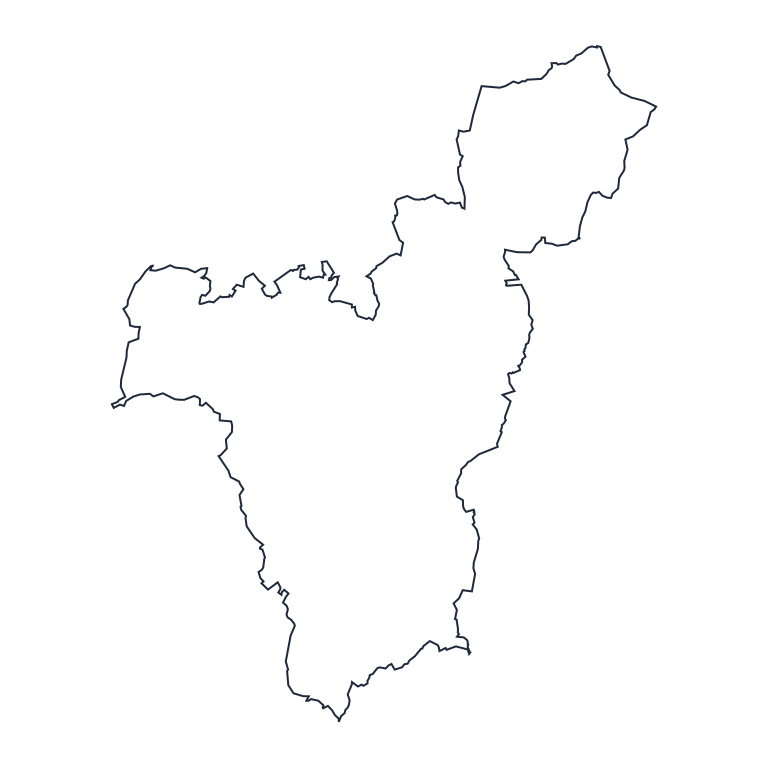 Lupeni, Harghita, Romania (Albers equal-area conic projection)
{"feature_id": "2599482B15236521048096", "entity_name": "Lupeni", "entity_type": "district", "adm_level": 2, "iso_a3": "ROU", "parent_name": "Romania", "parent_adm1": "Harghita", "projection": "albers", "projection_center": [25.242, 46.419], "detail": "fine", "context": "isolated", "style": "outline", "palette": "slate", "viewbox_px": 768, "rotation_deg": 0, "n_neighbors": 0, "source": "geoboundaries", "source_scale": "gbopen_adm2", "svg_char_len": 6095}
<svg xmlns="http://www.w3.org/2000/svg" viewBox="0 0 768 768"><path d="M469.1,654.0L470.0,652.8L469.3,652.8L469.7,651.7L467.6,646.9L468.3,644.6L467.6,644.0L467.8,641.8L466.8,639.8L463.7,637.4L457.0,636.7L458.9,634.2L457.8,632.7L458.0,629.2L456.6,619.6L455.0,619.1L456.9,610.0L453.6,603.4L459.2,598.2L462.7,590.2L471.9,591.4L475.1,573.9L473.4,568.2L473.8,562.5L477.9,548.8L478.3,540.8L479.2,538.6L476.7,529.5L472.7,524.4L474.5,522.7L472.8,517.1L474.7,514.4L473.7,512.3L474.4,512.0L473.7,509.7L466.1,511.9L464.0,509.0L463.1,506.4L462.9,500.2L456.9,496.6L455.8,488.1L456.2,486.0L458.0,482.4L457.2,480.9L461.1,473.4L461.2,469.3L465.9,465.0L468.2,461.8L470.0,461.3L479.1,454.2L497.7,446.8L497.0,443.7L501.8,432.1L500.5,431.2L501.9,427.4L501.9,425.0L503.8,423.5L505.9,420.1L504.9,418.6L505.2,416.3L510.6,401.3L502.6,394.8L514.5,391.1L509.6,383.3L509.2,377.7L508.0,374.2L509.4,373.0L511.3,373.5L512.8,372.3L513.3,373.0L520.0,370.1L519.8,368.3L518.2,365.9L520.0,365.2L522.2,362.2L522.0,359.7L525.5,356.7L523.5,352.0L524.6,350.9L524.3,349.4L525.4,348.1L525.9,344.4L528.2,343.0L529.5,337.8L529.1,335.7L529.7,332.9L532.8,328.8L531.3,324.8L532.6,320.1L528.8,314.7L529.1,307.3L528.6,300.4L527.0,295.8L521.3,284.7L506.6,285.8L506.0,285.1L506.7,283.3L505.3,280.7L518.6,279.3L516.0,275.0L515.0,275.1L513.1,271.3L508.5,268.4L508.8,266.0L504.7,259.8L503.6,256.7L505.1,252.0L505.0,249.7L517.0,252.2L530.3,252.4L532.5,250.6L536.1,244.4L541.3,239.9L541.6,237.5L544.8,237.5L545.3,243.0L551.7,243.7L557.3,245.7L567.7,244.3L571.9,241.2L575.5,240.8L577.8,238.7L579.4,238.6L579.6,238.0L578.6,237.3L579.9,226.4L582.3,217.5L585.3,211.4L587.4,202.4L590.7,195.1L593.0,192.6L595.9,192.9L598.9,191.9L602.5,195.8L607.0,197.6L611.1,198.0L612.5,193.7L618.1,188.6L619.3,177.8L624.0,170.4L624.6,167.7L624.2,161.1L627.6,149.7L625.4,139.5L633.0,136.4L640.1,129.8L646.9,125.2L650.7,112.1L654.4,109.3L656.1,106.6L644.7,101.0L631.5,97.6L620.9,92.5L619.4,89.8L614.7,85.5L608.2,74.8L609.6,70.9L600.7,47.0L597.1,46.1L597.0,47.5L591.8,46.4L587.9,47.7L581.3,53.5L576.2,55.6L573.9,58.9L565.6,63.9L561.9,63.6L557.9,64.6L556.6,63.1L551.5,63.2L552.1,66.6L551.5,68.4L549.0,69.9L546.3,74.2L541.3,78.9L527.0,79.7L525.4,81.3L522.2,81.2L518.6,83.2L513.4,81.5L505.8,85.9L499.8,87.7L481.6,86.1L473.2,115.0L469.8,130.5L463.5,131.7L458.9,130.5L458.1,136.4L456.6,139.3L460.0,154.6L462.7,156.2L460.1,162.0L460.4,165.7L458.0,167.5L458.2,173.2L459.3,180.3L462.3,186.9L464.8,197.0L464.5,208.7L461.9,207.6L459.9,202.6L455.3,203.6L450.9,202.4L448.3,203.9L445.2,202.1L443.5,199.4L436.5,197.3L434.7,194.9L424.2,199.5L423.1,198.8L419.3,199.7L414.5,199.4L407.2,196.0L397.2,199.5L394.9,203.5L397.2,211.0L397.3,214.2L396.8,215.4L395.1,215.6L395.3,217.8L394.2,221.2L392.6,222.2L399.4,240.0L403.1,242.7L400.6,255.4L396.6,253.6L389.5,256.4L382.4,262.8L376.5,266.1L376.1,268.2L371.7,271.5L370.5,273.7L366.5,276.3L370.9,278.6L373.2,283.9L372.8,285.2L374.4,292.6L373.9,293.0L375.3,295.2L376.3,295.2L377.5,300.6L379.2,303.8L378.7,306.2L376.0,310.6L375.7,314.7L372.8,320.1L369.0,317.8L366.7,319.0L357.7,316.0L355.3,310.7L355.0,306.8L351.9,307.5L351.9,304.5L340.2,301.2L334.7,301.2L332.1,302.2L329.2,300.1L329.5,297.1L331.5,293.1L337.2,284.1L336.8,282.9L338.0,279.2L337.5,278.1L338.6,276.5L334.3,277.0L331.0,280.1L328.9,280.1L329.3,278.1L331.0,277.5L331.8,275.2L334.0,272.9L326.7,261.3L321.8,262.0L322.6,264.8L322.5,270.6L325.3,274.6L323.7,274.6L323.0,277.7L319.1,276.6L313.1,277.7L310.3,279.2L308.6,276.9L305.7,279.2L300.1,277.2L300.9,269.5L304.6,268.8L303.8,265.1L298.8,266.0L299.2,266.6L297.4,269.6L293.5,270.0L293.1,270.9L290.8,270.0L274.4,281.7L276.8,284.8L280.4,292.7L278.1,292.6L276.7,294.7L271.9,297.6L271.8,296.6L266.7,295.8L265.0,294.5L261.8,288.7L264.9,285.7L259.0,280.9L253.2,273.6L245.6,277.6L244.0,280.7L243.5,286.9L236.8,284.7L232.9,289.0L235.6,290.6L231.9,296.5L229.6,295.0L229.1,296.8L221.7,297.2L220.4,296.4L213.6,302.4L209.1,301.5L201.5,303.9L199.8,303.9L199.4,303.0L200.6,297.1L202.1,294.9L205.5,295.7L209.8,291.0L210.5,288.4L209.9,286.2L210.4,281.0L205.7,277.5L203.8,278.7L201.5,277.7L204.2,276.0L206.3,273.0L207.2,268.1L201.1,268.8L195.1,272.3L187.3,268.8L175.2,267.6L170.1,265.3L164.2,268.2L155.6,270.7L150.4,270.2L151.7,266.5L153.7,265.4L150.8,266.2L145.6,271.3L139.8,279.5L135.0,283.9L127.9,300.4L127.6,304.9L126.3,306.9L123.4,308.8L129.4,319.3L130.0,325.4L134.5,326.8L139.9,327.0L138.6,333.0L138.4,338.7L128.7,342.3L126.8,350.7L126.5,357.6L121.2,379.5L120.8,387.0L125.2,396.9L118.8,400.2L117.7,401.9L111.9,404.2L113.7,407.9L120.0,404.6L124.0,406.0L126.2,400.9L133.3,396.6L139.8,394.5L149.9,393.8L153.4,396.4L162.8,393.3L174.8,399.2L178.9,399.7L184.2,399.8L194.1,396.0L197.8,397.2L200.0,399.1L199.8,405.1L202.5,405.7L205.9,402.8L212.7,409.0L213.9,411.7L219.9,414.0L219.7,420.4L231.2,421.4L232.2,425.9L231.9,432.1L225.9,439.6L226.8,448.5L220.6,455.2L218.6,456.1L228.4,470.6L230.6,477.2L239.2,481.6L239.9,483.8L243.4,489.2L239.5,495.0L241.5,506.0L240.5,506.8L241.3,510.0L246.1,515.9L245.5,517.9L246.7,526.4L254.7,538.1L263.1,544.7L259.9,547.6L260.0,548.7L262.5,549.7L265.0,557.5L264.4,558.4L263.2,567.6L261.7,569.9L258.6,572.0L260.4,578.1L263.5,581.4L261.5,583.3L268.0,589.6L277.7,582.3L280.4,587.4L280.3,589.2L278.3,592.5L281.4,594.8L281.9,592.1L284.2,589.8L288.5,593.5L285.7,597.2L283.0,602.6L286.5,605.6L287.9,609.2L286.5,614.6L287.6,617.4L291.2,619.8L294.3,623.9L294.8,625.8L290.6,635.7L285.8,661.5L288.1,669.7L287.1,671.0L288.3,685.1L293.5,693.3L303.3,696.2L308.8,696.3L306.4,700.7L308.6,700.8L311.0,699.1L318.3,700.7L323.5,705.4L322.7,707.6L323.2,708.3L327.9,705.9L332.0,710.2L335.0,715.2L338.7,718.6L338.8,721.9L341.1,716.1L344.5,713.2L345.4,710.0L347.7,707.6L349.0,704.5L349.6,700.2L347.7,694.4L351.9,684.3L352.0,682.1L358.0,686.5L361.5,684.6L363.5,685.8L367.5,683.4L367.5,680.7L369.1,678.1L369.8,675.1L372.7,674.0L377.5,668.0L380.1,667.4L385.6,668.5L388.6,665.4L391.5,664.0L394.7,669.6L402.0,667.3L404.5,664.2L407.6,663.7L409.5,660.4L415.0,656.1L421.0,648.8L422.2,648.7L423.5,646.0L429.8,641.1L437.6,645.0L438.8,647.1L439.5,651.1L445.6,648.0L446.6,649.8L455.9,646.4L467.8,649.5L469.1,654.0Z" fill="none" stroke="#1e293b" stroke-width="2"/></svg>